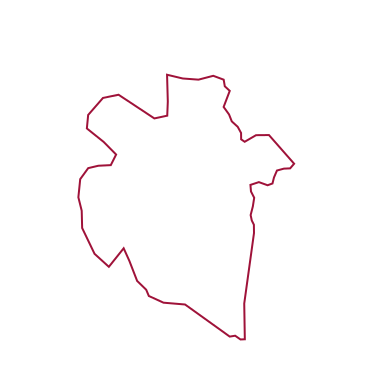 an SVG outline of Pader, rotated 216°
{"feature_id": "UGA-3101", "entity_name": "Pader", "entity_type": "District", "adm_level": 1, "iso_a3": "UGA", "parent_name": "Uganda", "parent_adm1": "", "projection": "orthographic", "projection_center": [32.872, 2.852], "detail": "fine", "context": "isolated", "style": "outline", "palette": "rose", "viewbox_px": 384, "rotation_deg": 216, "n_neighbors": 0, "source": "natural_earth", "source_scale": "10m", "svg_char_len": 907}
<svg xmlns="http://www.w3.org/2000/svg" viewBox="0 0 384 384"><g transform="rotate(216 192 192)"><path d="M163.2,283.3L126.0,274.9L126.5,268.8L131.4,264.9L135.9,259.3L134.2,251.9L131.9,246.2L134.8,241.9L143.7,239.3L148.9,232.1L144.6,227.1L138.3,223.9L134.3,216.1L131.0,207.8L126.9,204.1L122.7,201.9L117.7,195.2L84.2,132.5L62.7,103.9L66.1,101.2L72.6,101.1L76.5,97.2L131.5,96.9L150.0,85.7L165.8,82.5L171.6,86.0L184.1,87.8L202.1,99.4L214.2,106.3L215.3,82.6L234.5,84.7L259.7,98.3L270.2,112.0L280.8,120.9L290.0,136.7L290.0,150.3L283.2,158.2L273.5,166.0L275.4,177.7L293.0,180.6L314.4,181.6L321.3,193.3L319.3,215.8L308.6,227.5L265.7,229.4L256.9,239.2L264.7,250.9L281.1,272.2L266.2,278.4L252.8,286.7L243.1,298.5L232.4,301.5L227.6,296.8L220.9,296.0L216.4,279.4L207.6,276.5L201.3,272.5L193.3,271.6L187.0,268.6L183.2,263.5L178.9,263.6L173.6,275.6L163.2,283.3Z" fill="none" stroke="#9f1239" stroke-width="2"/></g></svg>